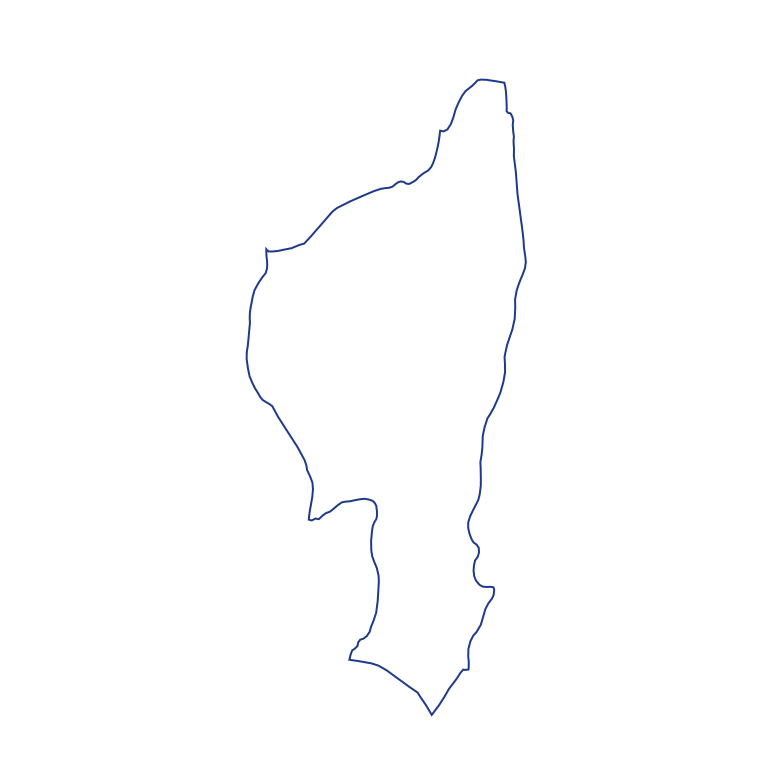 outline of Ogoulou, Ngounié, Gabon, rotated 190°
{"feature_id": "22940354B22341987955952", "entity_name": "Ogoulou", "entity_type": "district", "adm_level": 2, "iso_a3": "GAB", "parent_name": "Gabon", "parent_adm1": "Ngounié", "projection": "equal_earth", "projection_center": [11.519, -1.32], "detail": "fine", "context": "isolated", "style": "outline", "palette": "blue", "viewbox_px": 768, "rotation_deg": 190, "n_neighbors": 0, "source": "geoboundaries", "source_scale": "gbopen_adm2", "svg_char_len": 3217}
<svg xmlns="http://www.w3.org/2000/svg" viewBox="0 0 768 768"><g transform="rotate(190 384 384)"><path d="M372.7,643.2L372.4,638.1L372.2,631.4L372.4,625.1L372.7,619.6L373.2,614.9L374.0,610.1L375.2,605.9L377.6,601.9L381.9,598.2L385.9,593.6L387.8,590.6L390.4,588.1L393.9,585.4L396.9,585.2L399.5,586.4L402.7,586.4L405.0,585.2L407.3,583.0L409.8,579.9L413.1,578.1L416.5,577.2L421.1,575.6L427.4,572.2L436.1,566.6L449.3,557.8L460.8,549.2L464.6,545.0L481.7,516.6L486.9,508.5L491.9,506.0L498.4,501.8L506.4,498.7L511.8,496.5L517.8,494.9L520.9,494.5L523.3,496.3L522.7,493.0L521.7,488.6L520.6,485.2L519.6,480.5L519.3,476.8L519.8,472.6L522.1,468.5L523.4,465.7L525.1,461.9L526.3,458.5L527.8,453.8L528.4,447.8L528.6,437.7L528.5,431.5L527.7,425.6L526.6,420.8L526.2,415.4L525.3,405.0L524.8,398.1L524.7,392.0L523.7,385.1L520.8,376.0L517.7,368.2L513.7,362.0L510.3,357.4L506.7,353.4L503.8,349.9L500.9,347.3L497.3,345.8L493.7,344.5L490.2,342.8L482.4,333.0L472.6,322.4L457.9,306.5L448.9,295.1L446.4,290.5L444.7,285.8L440.3,279.5L437.3,274.3L435.7,268.1L435.0,260.5L435.0,252.2L435.0,245.8L434.8,240.6L434.5,237.4L431.8,237.0L430.1,238.1L428.1,239.6L424.7,239.6L421.4,244.0L418.8,246.7L414.9,249.0L408.2,256.9L405.0,260.1L401.9,261.3L396.9,262.7L392.0,264.7L387.4,266.4L383.0,267.6L378.9,267.6L374.7,266.9L372.2,265.0L370.4,262.5L368.7,256.9L368.0,252.4L368.1,249.7L369.4,246.5L370.4,241.9L370.2,235.9L369.4,226.9L367.7,218.3L365.7,212.3L362.6,206.9L359.1,201.5L356.1,194.4L354.7,188.1L352.5,168.9L352.0,157.3L353.2,149.0L354.6,142.6L355.1,137.4L357.2,132.7L360.1,129.6L363.0,128.1L364.5,125.1L364.6,121.4L367.0,118.1L369.1,116.0L369.9,111.7L370.2,106.4L360.4,106.7L348.0,106.7L340.5,105.7L331.5,102.4L317.9,95.7L306.4,90.1L297.2,85.9L294.3,82.6L286.8,74.9L279.5,66.4L273.8,77.7L270.2,86.4L267.1,95.0L261.1,106.7L258.8,112.4L256.4,116.5L254.4,116.5L251.2,117.5L251.4,119.7L252.3,125.2L253.7,130.1L254.9,137.9L254.2,145.8L252.4,151.7L249.8,155.8L246.8,163.9L246.2,169.8L245.0,180.2L243.2,185.9L240.3,191.7L239.4,195.4L239.7,200.4L240.9,202.8L243.8,202.8L247.3,202.0L251.6,201.6L254.6,202.6L256.6,204.0L259.3,206.4L261.8,210.4L263.4,215.8L263.9,221.0L263.7,225.9L261.6,230.3L261.2,234.9L262.3,239.2L264.9,241.9L268.3,243.5L270.7,246.2L273.6,251.0L276.1,256.8L277.0,262.5L276.2,268.7L274.2,275.8L272.2,282.2L271.0,286.1L270.6,291.9L271.0,300.6L272.2,307.7L274.2,318.0L275.5,323.6L275.6,331.5L276.1,338.4L277.7,349.9L277.5,358.1L276.2,368.1L274.2,372.8L271.8,379.5L269.7,387.8L268.0,395.2L266.8,406.3L266.8,416.6L268.3,424.5L270.0,431.8L269.7,441.6L269.2,446.5L269.1,447.0L267.1,459.8L266.6,470.9L268.0,481.9L269.6,490.1L269.6,498.7L268.8,504.8L267.5,511.4L266.2,517.1L265.3,522.7L265.5,528.7L267.1,534.3L270.0,543.1L271.6,550.0L274.5,559.8L285.5,594.2L290.9,615.4L295.7,631.0L296.8,638.0L298.5,645.1L299.1,650.4L300.6,655.1L302.2,661.4L302.5,666.2L304.2,669.7L306.4,672.5L308.7,672.5L310.6,673.9L311.1,677.2L312.2,682.5L313.5,688.4L314.9,693.8L316.2,697.8L317.8,701.6L326.6,701.6L332.0,701.4L335.8,701.4L341.4,700.6L344.6,699.3L346.9,695.8L349.0,692.9L352.2,689.3L354.7,686.4L357.1,681.4L359.4,674.3L361.2,666.6L362.0,658.5L363.3,651.6L365.7,645.8L369.0,643.2L372.7,643.2L372.7,643.2Z" fill="none" stroke="#1e3a8a" stroke-width="2"/></g></svg>